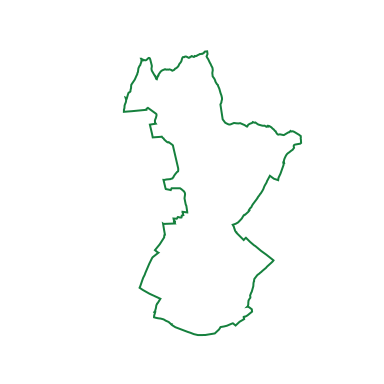 Secuieni, Bacau, Romania (Robinson projection), rotated 214°
{"feature_id": "2599482B43684925441609", "entity_name": "Secuieni", "entity_type": "district", "adm_level": 2, "iso_a3": "ROU", "parent_name": "Romania", "parent_adm1": "Bacau", "projection": "robinson", "projection_center": [27.105, 46.648], "detail": "fine", "context": "isolated", "style": "outline", "palette": "green", "viewbox_px": 384, "rotation_deg": 214, "n_neighbors": 0, "source": "geoboundaries", "source_scale": "gbopen_adm2", "svg_char_len": 5991}
<svg xmlns="http://www.w3.org/2000/svg" viewBox="0 0 384 384"><g transform="rotate(214 192 192)"><path d="M258.1,317.1L259.6,315.8L259.9,315.5L260.0,315.1L259.8,314.4L259.9,314.1L260.3,313.6L260.4,312.7L260.8,312.2L261.4,311.9L261.7,311.4L262.7,310.7L262.8,310.3L264.1,308.1L264.2,307.5L264.9,306.7L265.8,306.3L265.7,305.5L265.9,305.1L266.2,304.9L267.1,304.7L267.6,304.7L268.4,304.4L268.5,304.1L268.5,303.5L269.1,302.8L269.1,302.2L269.6,301.5L270.0,301.3L271.0,301.3L272.6,301.0L273.5,300.4L273.8,299.5L274.7,299.0L275.0,298.6L275.0,297.9L274.7,296.7L274.0,294.6L273.9,294.1L273.9,292.4L274.1,291.5L273.7,288.6L273.9,287.3L274.3,285.9L275.0,284.7L275.0,283.8L275.2,283.0L276.2,281.5L277.3,281.6L279.2,281.1L279.9,280.3L280.7,279.9L281.3,279.3L282.2,279.0L282.8,278.5L283.1,278.6L284.7,276.2L285.3,274.5L285.4,271.1L285.2,269.5L284.9,269.5L284.9,268.5L285.0,268.4L284.9,267.8L284.2,265.8L284.6,265.7L285.4,266.0L285.6,266.4L285.4,266.5L285.5,266.8L285.8,266.8L287.7,267.8L288.1,267.8L288.0,267.6L293.1,270.1L293.8,270.7L294.6,271.6L295.5,273.6L296.0,274.3L300.7,278.5L301.7,279.2L302.4,279.2L302.8,279.0L303.0,278.7L303.6,276.0L303.9,275.5L304.4,275.0L305.5,274.6L307.3,274.1L308.4,274.2L308.7,274.0L308.2,273.7L306.7,273.2L306.8,273.1L307.5,272.9L306.6,271.0L306.2,269.1L305.9,268.5L305.9,267.9L306.0,267.0L305.6,264.6L303.9,261.2L303.7,259.9L303.2,258.9L303.1,257.6L302.3,253.2L302.3,247.0L301.5,245.4L300.7,244.2L300.0,242.2L299.3,240.9L299.5,239.9L300.1,238.9L299.7,237.2L298.4,233.2L299.8,233.0L298.2,231.7L297.5,230.5L297.0,229.2L296.6,227.2L296.2,225.9L294.9,223.7L294.5,222.3L293.3,220.4L287.0,225.4L275.7,234.7L276.2,235.6L275.6,237.1L266.1,236.8L265.2,236.7L264.7,236.3L264.2,235.6L263.4,233.3L263.0,231.4L262.7,230.5L261.5,228.9L260.2,228.4L264.6,224.3L257.6,217.8L255.1,215.3L248.6,220.4L248.0,221.0L246.6,220.5L245.4,220.5L244.5,220.0L241.0,219.5L239.8,219.6L239.5,219.7L239.2,220.3L234.4,220.1L233.8,219.9L232.8,218.9L216.7,203.9L216.0,203.0L215.3,201.8L215.1,201.3L215.6,200.2L215.9,197.2L215.9,194.9L215.7,194.1L215.8,193.6L215.8,192.3L216.7,191.3L217.0,190.7L220.2,188.1L221.7,186.5L222.4,186.1L216.3,180.5L215.4,179.8L215.1,179.9L211.8,181.3L210.7,181.7L211.0,183.7L204.0,188.4L202.2,188.4L198.8,188.0L197.2,187.1L196.4,186.1L194.7,182.6L190.5,178.4L189.7,177.8L189.0,177.4L184.7,172.7L184.5,172.4L188.8,170.3L188.4,169.7L187.9,169.8L186.7,168.2L186.3,168.0L186.8,167.1L187.3,166.7L186.5,165.0L186.8,164.7L187.5,164.2L189.7,163.4L189.8,163.0L189.6,161.8L189.7,161.3L192.5,159.7L191.5,158.7L190.9,158.4L190.4,157.3L190.2,157.3L189.5,157.9L189.0,157.0L188.8,156.4L188.6,156.3L197.5,149.8L197.8,149.6L198.3,149.6L193.8,144.8L190.5,141.4L190.8,140.8L190.0,139.2L189.7,138.8L189.5,130.6L190.2,123.1L186.9,122.8L185.9,122.9L188.0,116.4L188.2,115.5L188.1,114.5L187.3,108.6L185.4,98.7L185.3,98.4L184.9,96.8L184.5,93.6L183.8,90.8L182.3,85.3L181.9,83.3L178.0,83.3L170.3,83.9L158.5,85.8L158.3,80.7L158.5,80.3L158.5,79.8L158.3,79.5L158.3,78.6L158.1,77.9L157.0,75.6L156.2,73.1L155.7,72.5L156.1,71.8L156.1,71.3L155.2,71.4L154.5,69.2L154.4,68.7L153.8,67.5L153.4,66.9L151.6,67.5L149.4,68.4L147.3,69.5L144.7,70.4L143.6,70.6L142.0,70.6L138.6,71.2L137.5,71.0L135.6,70.8L135.0,71.0L135.0,70.6L134.0,70.5L130.2,70.6L117.4,73.6L114.6,74.4L111.0,75.2L107.1,76.7L101.1,80.8L94.0,87.5L92.7,93.2L92.8,96.0L90.3,98.4L88.3,100.6L85.6,104.8L84.7,106.0L81.2,105.7L80.0,111.0L77.7,115.8L78.2,116.3L78.8,116.7L79.3,117.4L78.9,118.0L78.5,118.1L78.2,118.4L77.5,119.7L77.0,120.8L75.3,126.4L76.8,128.2L80.0,128.4L81.7,128.1L82.0,127.8L81.9,128.3L81.9,128.7L82.5,130.3L83.6,132.0L84.5,133.8L84.5,134.7L84.6,135.2L84.5,136.9L84.8,137.5L85.9,138.6L86.0,138.9L86.6,141.5L86.7,142.7L88.5,148.2L90.1,150.9L90.6,152.2L90.6,152.7L91.0,153.2L91.7,154.8L91.4,159.6L91.0,160.9L90.5,162.1L90.4,162.9L89.9,164.3L89.5,166.1L88.5,169.6L88.2,170.6L88.1,172.0L86.5,178.4L86.2,180.0L86.2,180.9L95.3,181.6L101.7,181.8L109.5,182.6L110.6,182.5L115.9,183.1L121.7,184.2L122.1,182.6L122.3,181.1L132.1,183.0L132.4,183.4L132.7,183.5L132.9,183.3L133.3,183.4L134.8,184.1L135.9,185.1L136.3,185.2L137.7,186.5L139.9,187.6L138.0,190.1L136.8,192.5L136.4,194.6L135.9,197.8L136.1,201.4L135.9,202.2L135.6,202.2L135.3,202.8L134.5,206.0L134.3,206.7L134.1,208.3L134.1,208.8L134.7,208.8L134.7,210.6L134.7,211.3L134.3,212.4L134.5,213.4L134.7,215.5L134.3,223.7L134.5,224.0L134.4,224.9L134.5,225.2L134.3,226.5L134.4,228.4L134.2,229.1L134.3,232.2L134.5,234.3L135.1,236.8L135.3,238.2L135.5,241.6L135.9,243.0L136.0,244.2L136.5,249.0L131.5,248.8L127.2,250.0L128.2,252.1L128.9,256.7L131.3,265.9L132.7,267.4L132.0,267.7L132.6,268.3L133.4,269.5L134.0,271.5L134.4,274.2L134.5,275.5L134.4,276.9L134.1,278.0L133.6,279.2L132.8,281.8L132.2,283.2L132.1,285.7L133.2,286.7L133.5,287.2L133.6,287.7L133.5,288.3L133.0,289.0L129.3,292.6L129.0,293.7L131.0,296.3L131.8,297.1L132.4,298.3L133.2,299.2L133.6,299.1L134.6,299.3L135.2,299.3L141.0,299.0L142.3,298.7L142.7,298.5L143.5,297.7L144.5,297.7L144.7,296.1L144.9,295.8L145.1,295.8L145.6,295.0L147.6,290.7L147.9,290.4L151.3,289.0L152.0,288.4L152.4,287.9L152.8,287.7L153.5,287.7L154.3,287.9L155.5,288.4L156.6,289.1L157.4,289.0L159.3,289.6L160.5,289.6L162.3,290.0L164.7,289.9L165.0,289.8L165.1,289.2L166.1,289.4L166.3,289.3L166.4,289.1L166.2,288.3L166.3,288.0L166.7,287.7L167.5,287.6L168.9,287.6L170.2,286.6L171.4,286.1L174.8,285.0L176.7,285.0L178.3,285.1L178.7,284.6L179.2,284.3L180.7,284.0L180.7,283.2L180.9,282.7L182.2,280.9L182.9,279.4L183.0,278.4L182.8,277.3L182.9,277.0L183.5,276.9L185.8,276.9L190.6,276.0L191.7,274.9L193.4,273.9L195.8,272.7L197.8,269.7L198.5,269.0L199.2,268.6L200.5,268.3L203.2,268.0L207.2,269.4L216.6,279.6L217.4,280.5L217.7,282.6L218.3,283.8L218.9,285.6L219.7,286.7L221.5,288.4L223.7,290.0L227.1,292.9L229.8,294.6L230.4,295.2L231.5,295.3L233.7,296.3L234.7,296.9L235.1,297.4L237.0,298.5L239.5,299.4L241.7,302.0L242.9,304.6L244.3,306.2L244.8,306.6L246.4,307.4L248.3,308.6L249.4,309.1L252.9,311.2L254.4,311.8L255.7,312.5L256.3,315.1L258.1,317.1Z" fill="none" stroke="#15803d" stroke-width="2"/></g></svg>